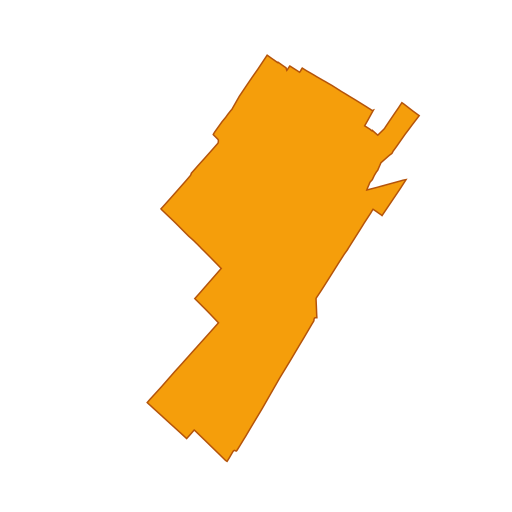 Amarastii De Sus, Dolj, Romania (Natural Earth projection), rotated 114°
{"feature_id": "2599482B27183359976971", "entity_name": "Amarastii De Sus", "entity_type": "district", "adm_level": 2, "iso_a3": "ROU", "parent_name": "Romania", "parent_adm1": "Dolj", "projection": "natural_earth1", "projection_center": [24.187, 43.985], "detail": "fine", "context": "isolated", "style": "filled", "palette": "amber", "viewbox_px": 512, "rotation_deg": 114, "n_neighbors": 0, "source": "geoboundaries", "source_scale": "gbopen_adm2", "svg_char_len": 2833}
<svg xmlns="http://www.w3.org/2000/svg" viewBox="0 0 512 512"><g transform="rotate(114 256 256)"><path d="M434.4,295.0L434.6,294.5L437.0,287.3L441.3,274.3L444.3,265.3L446.9,257.3L451.0,245.1L446.1,243.5L440.1,241.7L440.4,240.7L442.8,234.1L447.8,220.5L453.4,205.3L455.1,200.8L455.4,198.9L454.9,198.8L451.2,198.3L444.7,197.6L443.6,197.4L443.1,197.3L442.8,197.0L442.4,196.8L442.3,196.3L442.3,195.3L442.2,194.7L441.6,194.4L439.7,194.1L436.8,193.7L428.3,192.6L424.8,192.1L417.7,191.3L407.7,190.1L393.0,188.3L357.5,184.7L338.1,182.2L319.4,180.0L311.3,179.0L295.2,177.2L292.2,176.8L291.7,176.8L291.2,176.9L290.6,177.2L289.8,177.3L288.8,177.3L288.1,176.4L287.6,175.3L287.0,175.6L285.3,176.5L277.2,180.5L271.8,183.2L270.3,183.9L269.4,183.8L260.6,182.3L249.8,180.7L228.2,177.6L218.4,176.1L212.7,174.9L212.6,175.0L190.7,171.8L184.4,170.9L182.0,170.6L176.4,169.7L169.7,168.6L169.4,168.6L166.1,168.2L165.7,168.1L166.3,164.6L167.0,161.1L167.6,157.9L167.8,157.3L135.5,151.6L125.2,150.0L127.0,152.6L128.7,154.6L135.0,162.3L145.7,175.4L150.6,181.6L148.0,181.8L145.1,181.8L142.4,181.9L139.0,180.8L134.2,180.7L130.1,180.2L128.3,179.7L120.0,179.8L115.6,177.8L111.2,175.8L108.8,174.6L107.5,173.8L106.7,173.5L104.5,173.4L98.5,172.1L91.8,170.8L84.1,169.3L78.6,168.0L72.3,166.6L67.7,165.5L64.4,164.7L61.4,164.0L59.7,171.9L57.7,180.0L57.0,182.9L56.6,185.1L58.4,185.4L62.7,186.1L68.5,187.2L79.1,189.1L85.4,190.2L86.9,190.4L88.0,190.7L96.1,193.9L94.6,198.6L93.9,200.8L94.5,200.9L93.8,203.6L92.9,209.7L86.9,209.1L83.2,208.8L75.0,208.1L75.2,208.3L75.4,208.4L75.5,208.5L75.7,208.8L75.8,209.3L75.6,210.4L75.4,211.5L75.3,212.1L75.2,213.1L74.7,216.2L74.4,218.5L74.1,220.6L73.2,227.1L70.9,245.4L69.3,256.0L68.8,261.0L68.5,263.5L68.2,267.1L67.5,273.7L67.1,276.7L66.7,280.4L66.2,285.4L65.5,290.2L66.5,290.4L67.4,290.5L67.4,290.3L70.4,290.9L69.5,296.7L68.9,300.7L68.7,302.4L69.7,302.6L70.4,302.7L70.8,302.8L71.9,303.0L73.3,303.2L73.9,303.4L71.8,305.2L71.5,307.2L70.6,311.6L70.0,314.7L70.5,314.8L70.5,315.0L69.1,322.1L68.0,327.5L84.6,330.3L93.7,332.1L102.0,333.6L116.8,336.2L132.1,337.7L133.1,338.1L137.8,339.3L141.7,340.1L147.0,341.6L159.7,344.2L162.4,344.5L162.6,344.2L164.8,338.5L165.2,337.8L165.9,337.3L167.3,336.8L168.2,336.6L169.0,336.8L179.9,340.2L190.5,343.6L197.2,345.8L202.4,347.4L206.8,348.8L207.2,348.6L208.2,348.6L209.0,348.6L214.8,350.3L231.4,355.5L246.5,360.3L251.6,362.0L252.1,361.0L257.3,346.4L258.7,342.6L261.8,334.6L263.9,329.2L265.3,325.5L266.3,322.3L267.5,318.6L268.4,316.3L269.2,314.0L269.8,312.6L270.5,310.7L271.2,309.2L272.7,305.1L273.6,302.8L275.3,298.4L277.9,291.8L281.3,283.3L281.5,282.7L305.8,290.2L310.4,291.6L319.8,294.6L325.9,278.7L327.1,275.7L332.3,263.1L345.5,267.3L349.5,268.6L369.6,275.1L384.9,280.0L394.6,283.2L414.6,289.4L430.2,294.6L434.1,295.8L434.4,295.1L434.4,295.0Z" fill="#f59e0b" stroke="#b45309" stroke-width="1.5"/></g></svg>